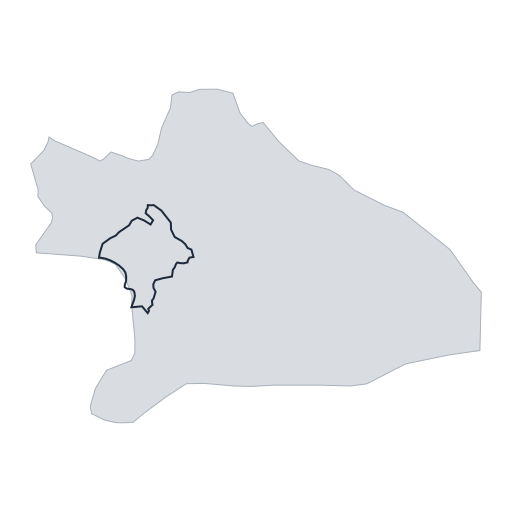 Ngozi on a map of Burundi (Robinson projection), rotated 270°
{"feature_id": "BDI-2642", "entity_name": "Ngozi", "entity_type": "Province", "adm_level": 1, "iso_a3": "BDI", "parent_name": "Burundi", "parent_adm1": "", "projection": "robinson", "projection_center": [29.883, -2.862], "detail": "fine", "context": "in_parent", "style": "outline", "palette": "slate", "viewbox_px": 512, "rotation_deg": 270, "n_neighbors": 0, "source": "natural_earth", "source_scale": "10m", "svg_char_len": 1988}
<svg xmlns="http://www.w3.org/2000/svg" viewBox="0 0 512 512"><g transform="rotate(270 256 256)"><path d="M375.0,49.0L371.3,54.5L354.2,93.9L350.9,99.8L352.8,103.4L360.0,110.9L355.8,123.3L354.1,126.6L350.9,138.2L352.6,148.8L356.7,152.7L367.8,157.8L384.3,161.6L403.9,170.4L417.0,172.0L420.1,178.4L419.5,189.7L422.7,199.6L422.8,217.3L418.8,232.9L398.7,240.2L388.4,248.2L385.6,252.2L388.1,256.9L389.5,263.2L370.5,278.7L351.0,299.0L346.4,312.7L342.5,328.8L336.8,339.1L322.0,354.0L306.9,383.9L299.5,403.4L262.4,450.0L229.4,473.3L219.8,481.3L161.5,479.9L157.0,448.4L148.1,405.5L128.1,366.7L126.0,350.5L126.9,319.2L126.9,275.2L125.6,251.6L126.0,234.3L128.6,204.3L128.3,186.4L115.0,165.8L98.6,143.8L89.7,133.0L89.2,124.4L89.3,116.3L91.9,104.6L98.3,91.6L105.5,90.2L123.3,95.3L141.7,106.4L151.5,131.3L159.0,134.9L172.7,134.9L207.5,131.6L216.2,132.0L232.0,126.1L247.7,115.5L252.3,104.7L255.9,80.3L259.2,36.3L267.3,35.8L289.3,51.4L294.0,52.5L298.6,52.0L306.2,44.2L315.6,37.9L322.5,38.1L348.0,30.7L361.7,44.0L370.4,48.1L375.0,49.0Z" fill="#d9dde1" stroke="#a8b0b8" stroke-width="1"/><path d="M235.7,126.2L239.5,125.4L242.9,123.1L246.7,118.8L249.2,114.9L251.5,110.6L253.2,106.0L254.2,101.4L254.3,99.0L259.2,99.8L268.2,102.6L273.8,110.3L276.3,115.6L280.1,119.3L286.7,129.1L291.3,131.8L294.3,137.4L291.6,144.0L287.5,150.6L291.8,153.1L296.0,148.9L298.7,145.7L301.8,146.2L304.2,147.7L306.9,147.8L306.7,150.7L306.9,153.7L301.5,161.3L289.4,170.8L282.3,171.1L275.0,174.7L271.0,181.8L267.8,185.3L264.0,187.6L262.4,191.4L255.0,193.5L254.4,189.5L251.4,187.8L249.6,187.5L248.7,183.8L248.9,180.1L249.5,177.3L247.6,175.8L244.8,174.8L242.2,172.9L235.5,172.0L233.7,162.4L231.7,155.2L227.8,153.3L224.1,153.5L220.3,155.6L213.6,153.6L211.5,152.0L209.4,152.1L207.2,152.5L203.2,148.3L201.1,149.0L198.9,147.7L205.7,142.0L204.8,132.6L204.8,131.4L212.6,134.2L216.1,134.9L220.2,134.3L222.0,133.0L222.8,131.1L223.4,126.7L224.8,124.7L226.9,124.7L231.1,126.1L235.7,126.2Z" fill="none" stroke="#1e293b" stroke-width="2"/></g></svg>